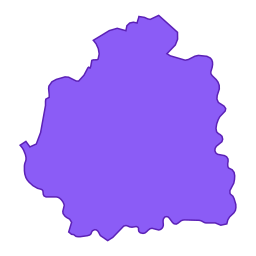 an SVG outline of Indre
{"feature_id": "FRA-5309", "entity_name": "Indre", "entity_type": "Metropolitan department", "adm_level": 1, "iso_a3": "FRA", "parent_name": "France", "parent_adm1": "", "projection": "mercator", "projection_center": [1.588, 46.82], "detail": "fine", "context": "isolated", "style": "filled", "palette": "violet", "viewbox_px": 256, "rotation_deg": 0, "n_neighbors": 0, "source": "natural_earth", "source_scale": "10m", "svg_char_len": 2538}
<svg xmlns="http://www.w3.org/2000/svg" viewBox="0 0 256 256"><path d="M90.1,68.0L90.8,66.1L91.8,60.4L93.2,59.9L96.9,59.8L98.1,59.1L99.2,53.9L98.3,48.6L96.1,43.8L93.3,40.3L109.3,30.6L117.2,28.3L125.9,30.7L126.9,25.7L129.7,23.0L133.4,22.2L137.1,23.0L137.4,21.6L138.6,17.9L138.9,16.5L144.5,17.4L147.8,18.9L150.2,19.4L158.7,15.4L177.5,32.3L177.6,39.2L175.3,45.0L166.9,53.7L170.2,55.8L185.2,60.2L188.4,59.5L194.9,56.2L198.4,55.4L206.9,56.3L210.3,58.0L211.7,59.7L212.5,62.0L212.6,64.5L212.2,67.2L210.8,71.9L210.9,73.7L212.1,75.6L216.2,79.6L218.0,82.1L219.2,85.3L219.3,89.0L217.2,95.5L216.9,99.1L218.4,102.5L224.0,106.1L225.7,108.6L225.2,111.0L219.8,116.7L218.2,119.7L216.7,123.9L216.0,128.3L216.6,131.8L218.3,133.5L220.3,134.7L222.0,136.3L222.7,139.2L221.9,141.7L216.4,146.2L215.1,148.4L214.9,150.8L215.8,152.9L217.6,154.3L224.5,155.6L226.6,156.8L228.0,159.0L228.1,161.2L227.7,163.7L227.8,166.3L228.5,167.9L232.2,169.8L234.1,172.4L234.7,175.8L234.5,179.5L233.8,183.1L229.9,190.6L230.0,193.4L230.5,194.2L232.9,196.2L234.1,198.7L235.8,204.4L235.9,207.5L235.4,210.4L233.9,212.8L229.6,216.9L227.8,219.9L226.8,223.9L220.8,225.2L215.2,222.9L205.8,222.9L204.5,222.6L201.2,220.8L199.2,220.3L184.5,219.9L182.8,220.1L181.2,220.7L177.8,223.3L176.2,224.1L174.1,223.8L172.6,222.6L169.1,217.9L167.8,216.8L166.3,216.6L164.8,217.0L163.4,218.9L163.1,220.6L163.1,222.3L163.3,223.9L163.3,225.4L162.9,226.9L162.1,228.2L160.7,229.4L158.8,230.0L152.0,228.3L150.1,228.7L148.1,230.2L146.6,231.7L144.9,233.0L143.0,233.4L140.3,232.8L138.9,231.5L138.5,229.9L138.6,228.4L137.9,227.2L136.3,226.5L132.0,227.2L129.7,226.9L127.7,226.0L126.0,225.5L123.7,226.1L112.9,237.3L107.7,240.6L100.4,235.6L99.6,234.2L98.8,232.6L97.8,231.0L96.3,229.9L94.6,229.7L92.4,230.8L91.5,232.3L91.0,233.8L89.7,235.0L87.4,235.7L80.3,236.7L77.9,236.7L76.0,236.4L73.7,234.6L71.5,234.3L68.7,232.0L71.6,222.3L69.7,219.2L66.5,217.4L64.8,216.0L63.1,213.6L62.8,211.4L64.2,205.6L64.2,205.0L63.7,203.6L63.1,202.2L62.1,200.7L60.9,199.3L59.5,198.1L58.0,197.3L56.3,196.9L46.0,196.9L44.1,196.0L43.3,194.5L42.9,190.8L42.0,189.7L40.8,189.2L37.5,188.3L33.0,185.7L29.2,182.3L27.2,179.9L25.9,177.6L24.8,174.0L24.4,170.7L24.4,165.9L24.6,164.3L25.0,162.8L25.6,161.3L26.0,159.7L26.0,157.4L25.4,154.6L23.6,150.1L22.3,147.9L20.1,145.2L25.9,141.4L29.9,146.9L36.3,144.0L40.6,132.5L45.5,105.5L45.5,101.2L45.8,99.2L49.2,97.3L49.2,94.6L48.6,88.6L48.9,86.1L51.9,81.8L56.3,79.4L65.0,76.9L68.6,77.2L76.2,81.0L78.6,81.1L84.0,75.2L87.9,67.8L88.7,67.2L89.4,67.8L90.1,68.0Z" fill="#8b5cf6" stroke="#5b21b6" stroke-width="1.5"/></svg>